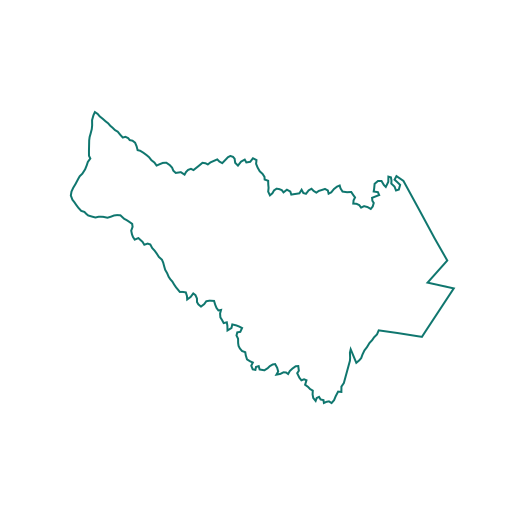 Nossa Senhora da Glória, Sergipe, Brazil (Natural Earth projection), rotated 18°
{"feature_id": "56859067B27700836556766", "entity_name": "Nossa Senhora da Glória", "entity_type": "district", "adm_level": 2, "iso_a3": "BRA", "parent_name": "Brazil", "parent_adm1": "Sergipe", "projection": "natural_earth1", "projection_center": [-37.571, -10.185], "detail": "fine", "context": "isolated", "style": "outline", "palette": "teal", "viewbox_px": 512, "rotation_deg": 18, "n_neighbors": 0, "source": "geoboundaries", "source_scale": "gbopen_adm2", "svg_char_len": 4078}
<svg xmlns="http://www.w3.org/2000/svg" viewBox="0 0 512 512"><g transform="rotate(18 256 256)"><path d="M216.1,319.8L219.3,321.1L221.6,317.8L222.7,314.4L225.7,312.8L230.0,311.7L232.3,315.0L234.5,317.6L237.1,319.4L239.4,318.1L239.6,321.8L241.1,325.4L243.6,327.5L246.0,329.8L248.7,328.1L250.3,331.1L251.9,335.6L254.9,332.1L254.6,328.4L258.7,328.1L261.9,328.3L265.0,328.8L264.5,333.0L261.8,334.4L262.0,337.6L264.5,340.2L265.9,344.3L267.2,346.9L269.2,348.9L272.1,350.7L275.5,350.8L277.0,353.7L279.4,357.1L283.0,358.0L285.9,358.3L285.4,361.8L287.9,364.8L290.6,364.5L290.3,361.5L292.6,359.9L294.5,362.8L299.3,362.1L301.8,359.1L303.1,356.6L305.4,354.0L307.6,352.9L310.7,355.8L312.8,359.0L312.1,362.5L315.6,360.6L318.1,358.1L320.6,357.5L323.0,358.3L323.7,354.9L325.5,351.7L327.8,348.6L330.2,347.6L332.2,351.9L331.4,354.7L334.8,358.3L337.6,360.2L339.8,358.4L342.4,358.6L342.5,363.3L345.9,364.4L348.5,365.8L351.6,366.5L352.6,370.2L354.3,373.3L357.5,375.4L357.6,372.3L359.5,370.5L361.8,372.5L364.7,372.2L366.0,374.8L368.1,372.9L370.3,371.7L373.3,372.5L374.8,369.0L375.1,364.9L376.0,359.6L379.2,358.9L377.6,353.8L378.8,349.7L377.7,326.6L377.0,323.8L375.2,318.9L374.9,315.5L384.4,326.6L386.4,323.4L387.6,320.6L387.7,316.9L388.3,312.3L389.7,308.4L390.8,303.7L392.5,300.0L393.4,296.9L395.3,293.2L395.7,288.8L414.5,285.5L435.3,282.2L438.8,281.6L440.4,275.6L454.1,225.7L427.4,228.3L439.3,201.2L420.3,183.9L396.6,161.3L373.0,139.0L364.9,136.6L364.2,140.6L367.6,142.1L371.1,143.8L371.3,148.7L368.9,150.4L366.3,147.2L362.3,145.3L361.5,142.3L360.0,139.5L357.4,139.6L358.9,144.6L358.1,150.2L355.6,148.9L352.2,145.9L348.8,147.0L346.5,150.7L347.6,155.6L348.0,158.3L352.2,157.6L354.3,160.0L351.2,162.5L348.4,164.8L349.6,167.5L351.6,169.2L351.7,172.9L350.6,175.8L347.0,175.0L343.4,175.2L341.0,177.5L338.5,175.7L335.5,175.3L332.3,176.1L331.6,172.9L332.1,169.7L329.7,168.0L326.8,165.7L322.9,167.2L318.4,168.0L315.5,165.6L313.8,163.1L311.6,165.0L309.4,168.3L307.9,172.2L305.8,174.3L304.1,171.5L300.9,170.9L297.9,173.1L295.6,174.7L293.8,177.1L290.7,176.3L288.0,174.9L285.8,177.3L284.3,181.4L281.6,181.5L278.9,178.9L277.9,183.0L275.3,184.3L272.9,185.5L270.6,186.7L268.7,184.1L264.9,183.4L262.5,187.0L260.2,185.4L257.5,185.2L254.8,185.6L252.9,188.0L252.2,191.3L250.5,194.0L247.7,191.0L246.9,187.3L245.6,184.3L244.3,180.7L240.6,180.6L239.6,178.1L236.9,175.9L233.4,174.3L230.2,171.4L227.6,168.3L226.8,164.6L222.9,164.0L221.4,168.2L217.9,170.0L215.5,167.8L212.6,170.9L210.9,175.6L207.4,173.8L205.6,170.1L203.5,168.8L200.7,168.8L198.8,170.7L197.6,173.2L195.2,178.1L192.0,177.5L189.3,176.1L186.5,178.6L183.8,181.0L181.9,183.8L179.4,183.4L176.3,183.9L173.5,188.3L171.5,191.3L170.0,193.6L167.2,193.2L164.8,195.1L163.5,197.7L162.9,200.7L158.6,199.5L154.0,201.8L151.0,200.4L148.9,197.9L145.9,196.2L141.9,195.0L138.7,196.2L136.2,198.3L133.5,200.7L130.5,198.5L126.9,197.2L123.8,195.1L120.9,193.9L117.0,192.6L113.3,191.7L110.7,191.9L108.5,188.5L106.0,185.6L102.9,184.5L100.1,184.8L98.0,183.4L95.0,183.0L92.7,184.5L89.5,182.7L86.1,180.5L82.9,179.8L79.9,178.3L77.2,177.2L74.4,175.5L71.3,174.4L67.9,172.9L64.2,171.5L61.5,169.8L58.3,168.9L57.9,172.4L58.1,177.4L59.8,182.4L60.6,186.1L60.9,191.1L61.0,194.2L61.6,197.5L62.8,201.5L64.7,207.8L66.2,212.3L68.3,214.5L67.0,218.5L67.0,222.0L66.7,226.4L65.4,231.4L63.7,234.6L63.1,237.5L62.1,243.3L61.1,247.6L60.6,251.7L61.2,255.7L64.0,259.2L66.7,261.0L69.0,262.8L72.1,265.0L75.8,267.1L79.2,267.1L81.4,268.3L83.8,269.3L87.9,269.2L91.4,269.0L94.2,267.3L98.3,266.0L102.9,265.5L105.8,263.5L108.5,261.3L111.3,260.0L114.5,259.2L116.8,260.3L119.2,261.4L121.7,261.8L124.3,262.5L128.3,263.7L129.6,266.4L129.5,270.5L131.4,273.8L133.1,275.9L135.6,277.9L138.6,275.3L141.0,276.4L143.7,277.6L146.3,279.8L149.1,277.7L151.9,277.7L154.8,280.5L158.0,282.3L161.0,284.5L163.9,286.9L167.7,288.6L169.8,291.0L172.0,294.4L173.9,297.2L176.8,299.8L179.4,302.8L181.7,304.6L184.4,306.2L186.9,308.4L189.6,310.5L192.3,312.2L194.6,313.7L197.4,312.8L200.5,312.3L202.7,315.4L204.0,318.6L206.5,315.1L207.9,311.0L210.5,311.9L213.0,314.7L214.1,318.0L216.1,319.8Z" fill="none" stroke="#0f766e" stroke-width="2"/></g></svg>